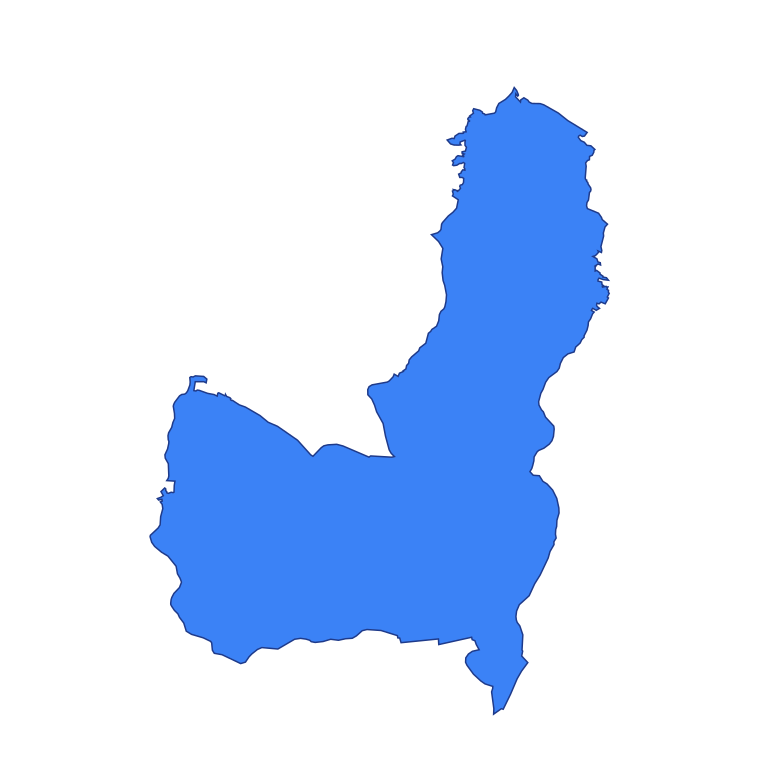 Cruset, Gorj, Romania (orthographic projection), rotated 8°
{"feature_id": "2599482B18227556785011", "entity_name": "Cruset", "entity_type": "district", "adm_level": 2, "iso_a3": "ROU", "parent_name": "Romania", "parent_adm1": "Gorj", "projection": "orthographic", "projection_center": [23.663, 44.657], "detail": "fine", "context": "isolated", "style": "filled", "palette": "blue", "viewbox_px": 768, "rotation_deg": 8, "n_neighbors": 0, "source": "geoboundaries", "source_scale": "gbopen_adm2", "svg_char_len": 6144}
<svg xmlns="http://www.w3.org/2000/svg" viewBox="0 0 768 768"><g transform="rotate(8 384 384)"><path d="M538.5,695.7L545.4,689.2L547.3,689.5L552.5,673.5L556.9,657.3L560.2,649.1L565.2,639.9L558.2,634.2L558.5,629.2L557.7,628.2L556.4,613.1L552.2,604.7L549.1,601.6L547.9,599.3L547.0,595.8L546.9,590.4L548.7,583.7L557.2,573.5L561.0,560.9L565.2,551.4L570.8,533.5L571.7,526.8L574.7,519.4L574.2,516.6L575.9,512.6L574.7,508.9L574.3,504.3L574.8,501.1L574.2,495.0L575.3,487.4L574.4,482.4L571.0,473.2L565.8,465.6L559.4,460.3L554.9,458.3L550.6,453.2L544.5,453.6L540.7,450.5L542.1,447.2L542.6,444.2L543.1,439.3L542.8,435.3L545.0,430.0L546.4,428.3L551.3,425.3L556.1,420.5L558.2,416.8L559.1,412.3L558.8,405.0L558.0,402.1L548.5,394.3L545.7,389.4L543.5,387.6L540.4,383.3L539.6,380.0L540.6,371.4L542.2,367.2L543.8,359.8L546.3,354.7L553.5,347.6L555.3,344.0L555.8,339.1L557.9,332.9L561.9,328.6L567.8,325.8L568.7,320.7L572.5,316.2L573.7,312.5L575.7,309.8L575.4,308.5L577.5,302.4L578.0,297.7L577.8,294.1L579.5,290.7L580.8,285.5L582.1,283.5L579.2,282.3L579.7,280.8L580.2,280.0L583.9,281.5L586.9,279.1L584.2,277.5L583.5,276.3L583.6,274.4L585.8,274.7L587.5,272.7L591.9,273.8L594.3,267.6L593.0,266.8L594.4,262.9L593.4,261.9L593.3,260.0L591.6,259.2L592.2,256.7L590.9,257.0L590.4,256.4L586.9,257.6L586.6,256.9L587.9,256.2L586.1,255.2L585.4,252.7L581.6,252.3L581.4,250.9L582.2,249.3L586.6,250.1L591.8,250.0L589.5,247.8L585.9,247.6L585.9,246.8L582.6,245.1L582.5,244.0L578.7,241.9L577.4,242.7L576.8,238.7L577.3,237.9L576.7,237.7L579.3,235.4L581.9,236.0L581.3,233.8L578.8,233.3L577.4,230.4L573.1,228.6L575.4,227.5L577.0,225.4L578.2,223.5L577.5,222.5L581.0,223.5L581.1,221.5L579.7,217.8L580.9,206.9L580.2,204.0L581.0,197.8L583.1,194.6L577.2,190.8L576.2,188.8L572.7,185.0L561.0,182.0L559.8,179.4L559.7,176.1L560.9,173.3L560.8,165.8L561.8,164.2L561.9,162.6L561.3,160.9L558.4,157.7L557.7,156.0L556.5,155.2L556.4,153.9L555.3,153.6L554.6,152.1L553.9,140.2L552.9,137.0L554.4,134.4L556.2,133.4L555.9,130.0L558.4,128.5L559.5,125.3L559.4,123.4L560.2,122.4L555.7,119.3L551.7,119.4L548.7,116.7L545.0,115.6L542.1,112.7L542.2,111.5L543.6,110.3L545.9,111.3L548.0,110.6L550.2,106.6L529.4,97.6L518.9,91.4L503.4,85.3L499.6,84.6L491.5,85.6L488.5,84.6L486.9,82.9L482.7,81.1L479.9,83.6L479.9,85.8L474.3,81.3L474.1,78.3L476.3,80.3L476.9,79.6L476.7,78.6L474.5,74.9L471.7,72.3L470.3,77.4L467.5,81.6L464.6,85.3L458.7,90.2L457.1,94.8L456.7,99.0L455.7,100.4L446.7,103.4L446.1,102.6L444.0,102.2L443.6,101.0L440.8,99.6L434.5,98.9L433.8,101.0L434.9,103.4L431.6,106.6L432.4,107.5L430.9,108.0L430.1,109.5L430.2,110.3L432.6,112.0L430.9,111.8L430.3,116.9L429.5,117.5L429.2,120.4L430.2,122.8L427.4,123.5L427.8,124.4L427.4,124.8L423.4,125.4L419.8,128.6L419.3,131.2L417.1,131.2L412.6,133.6L416.5,137.0L420.1,137.6L424.6,137.1L426.9,136.5L425.8,135.5L425.8,133.7L430.2,131.3L430.7,131.7L430.5,133.1L431.0,136.4L432.7,138.1L432.2,142.0L429.0,143.2L429.2,144.6L431.4,145.1L430.0,146.3L431.3,147.2L431.2,147.8L425.5,147.6L424.1,148.8L423.1,151.4L420.5,153.5L422.0,155.1L421.4,157.6L422.6,158.1L425.7,157.2L428.2,155.1L429.9,154.9L431.7,153.6L433.2,154.3L433.1,158.6L434.0,159.5L434.3,161.0L432.3,160.9L431.0,163.1L431.0,164.2L428.7,165.8L430.3,168.9L432.7,168.6L434.3,169.3L434.7,173.5L433.8,175.6L431.8,176.5L431.5,177.7L432.5,179.6L430.8,182.3L430.1,182.2L429.9,182.9L428.0,181.9L425.6,181.8L426.1,182.5L424.9,183.4L426.2,186.3L425.6,188.2L431.9,191.2L431.4,199.8L428.4,204.3L424.4,208.5L419.5,215.9L418.8,217.7L418.9,223.1L418.1,224.6L416.1,226.8L410.2,229.5L418.2,235.3L423.4,241.5L423.2,252.2L425.9,259.7L426.1,265.6L428.1,273.3L430.4,277.9L433.5,287.0L433.9,293.8L433.5,299.1L432.8,301.3L430.3,304.1L429.2,307.5L429.4,313.8L428.0,319.5L423.8,323.3L422.9,325.4L420.9,327.6L419.7,337.8L414.4,343.2L413.7,346.4L407.6,353.3L405.6,356.6L405.5,360.1L403.8,362.5L403.6,366.0L401.1,368.3L401.5,368.7L401.1,369.1L397.8,371.1L396.9,374.5L392.7,372.8L392.1,375.5L388.8,380.2L387.1,381.6L372.3,386.5L369.6,388.7L368.7,391.8L369.5,396.9L374.0,400.6L377.6,406.3L380.6,412.6L388.6,423.2L392.7,435.3L398.3,448.5L400.8,451.7L404.4,454.4L401.9,455.4L380.8,457.1L379.3,458.5L352.1,451.1L345.6,450.3L336.8,452.1L333.0,453.6L330.7,455.8L323.7,465.5L321.2,464.3L306.2,451.7L284.4,440.7L274.6,438.0L265.6,432.5L249.9,426.1L243.6,424.8L236.2,421.3L235.2,421.5L234.2,420.9L234.4,419.9L233.3,419.0L229.9,418.2L228.5,416.4L228.5,417.4L228.0,417.8L221.6,415.7L220.7,416.3L220.5,419.2L217.2,418.1L210.6,417.8L201.9,416.0L199.9,416.0L198.7,417.1L196.6,417.0L196.8,408.0L205.3,406.8L207.7,407.6L207.9,403.8L204.4,401.6L196.0,402.2L194.0,403.6L191.9,403.6L190.8,404.6L191.8,409.1L191.9,412.1L190.6,418.0L189.5,420.3L188.0,421.8L185.2,422.5L183.2,424.2L179.3,431.2L178.6,433.5L178.4,435.3L180.6,442.3L181.5,447.2L180.3,451.6L179.8,456.5L177.5,462.3L177.3,465.3L178.1,469.2L179.0,470.9L179.1,473.1L178.7,478.5L176.9,484.6L177.7,487.9L181.5,492.9L183.7,505.0L183.5,507.4L182.3,509.9L190.5,509.3L190.4,513.5L191.1,520.3L190.3,520.9L188.3,520.8L185.7,522.3L184.1,522.0L183.8,520.8L182.7,520.0L182.5,518.3L181.3,517.5L178.1,521.6L181.0,525.3L178.7,527.3L175.5,529.0L177.0,530.3L180.1,529.1L180.7,530.8L178.9,531.9L181.1,534.1L182.3,538.2L181.3,546.4L181.9,554.6L180.4,558.0L173.7,566.3L173.6,567.8L176.0,573.1L179.5,576.8L187.2,581.6L194.0,584.5L203.5,593.4L205.9,600.7L209.1,604.8L210.8,607.9L211.0,608.8L209.8,614.0L205.1,620.6L203.6,624.8L203.2,627.1L203.3,630.8L203.6,632.2L204.8,633.8L207.9,637.3L211.9,640.3L214.0,643.6L219.0,648.6L222.6,656.3L228.2,658.7L240.3,660.5L248.2,663.0L249.4,664.4L251.1,671.5L253.4,674.3L261.3,674.6L281.0,680.8L285.5,678.7L288.3,673.0L290.6,669.8L295.6,664.5L299.7,662.0L315.8,661.2L331.0,649.2L336.7,647.5L342.3,647.5L346.1,648.1L347.8,649.3L351.8,649.5L359.5,647.5L366.7,644.2L374.6,644.1L381.4,641.6L388.0,640.2L391.7,637.3L396.8,631.3L401.3,629.5L415.3,628.5L432.3,631.3L433.0,633.5L434.9,633.4L436.9,637.8L473.4,628.9L474.5,634.4L506.0,622.6L506.9,624.9L509.8,625.6L511.6,629.1L515.2,633.9L508.7,636.4L505.2,639.6L503.1,643.8L503.5,648.2L505.4,651.1L513.0,658.9L521.2,664.6L525.7,666.9L533.8,668.3L534.0,670.4L533.4,673.9L538.0,690.4L538.5,695.7Z" fill="#3b82f6" stroke="#1e3a8a" stroke-width="1.5"/></g></svg>